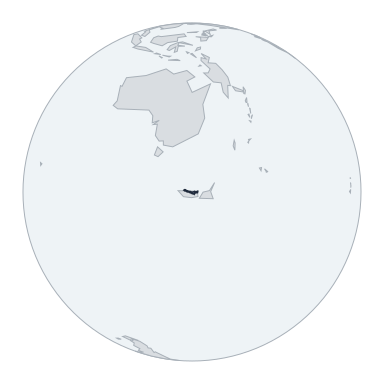 West Coast on an orthographic globe, rotated 56°
{"feature_id": "NZL-3406", "entity_name": "West Coast", "entity_type": "Regional Council", "adm_level": 1, "iso_a3": "NZL", "parent_name": "New Zealand", "parent_adm1": "", "projection": "orthographic", "projection_center": [171.032, -42.634], "detail": "fine", "context": "on_globe", "style": "filled", "palette": "slate", "viewbox_px": 384, "rotation_deg": 56, "n_neighbors": 0, "source": "natural_earth", "source_scale": "10m", "svg_char_len": 6245}
<svg xmlns="http://www.w3.org/2000/svg" viewBox="0 0 384 384"><g transform="rotate(56 192 192)"><circle cx="192" cy="192" r="169" fill="#eef3f6" stroke="#a8b0b8"/><path d="M217.3,117.8L217.5,118.9L217.2,119.1L217.3,117.8ZM294.6,326.2L292.1,328.1L293.4,326.8L297.6,323.1L294.8,324.6L297.8,321.7L293.3,325.0L292.7,322.8L286.6,326.1L284.8,324.3L280.6,326.2L281.9,324.8L281.9,323.7L280.1,324.0L286.5,318.8L294.4,315.3L296.7,315.6L298.5,313.5L303.9,313.2L303.9,311.9L313.7,306.2L318.5,303.3L324.7,296.6L315.5,307.3L305.5,317.2L294.6,326.2ZM279.7,61.2L278.6,59.0L281.4,61.2L279.7,61.2ZM276.4,57.2L277.1,58.0L276.2,57.2L276.4,57.2ZM274.8,56.3L276.0,56.9L274.7,56.4L274.8,56.3ZM272.7,55.3L273.8,55.7L273.7,55.8L272.7,55.3ZM269.2,53.2L268.3,52.7L269.3,52.9L269.2,53.2ZM274.0,327.7L285.0,319.5L279.6,324.0L280.5,325.9L273.0,330.3L274.0,327.7ZM274.5,333.0L272.8,335.3L271.0,336.2L271.8,334.9L274.5,333.0ZM102.4,48.8L102.2,49.0L99.6,50.9L94.2,54.5L97.8,51.7L96.9,52.3L102.4,48.8ZM83.0,62.9L83.3,63.0L79.1,67.5L64.2,83.6L55.4,93.8L54.0,96.1L52.8,96.9L47.7,104.7L47.3,110.4L46.1,114.0L39.5,127.2L40.0,124.7L36.7,126.8L33.6,136.8L36.0,137.5L36.7,144.1L33.8,146.2L33.3,140.9L32.2,141.4L34.3,133.2L36.7,125.5L42.3,113.7L48.8,102.3L56.2,91.5L64.4,81.3L73.3,71.7L83.0,62.9ZM82.8,301.1L84.7,300.6L85.4,302.6L82.8,301.1ZM60.6,143.3L64.0,141.5L64.0,142.2L60.6,143.3ZM56.9,143.7L60.6,141.0L56.5,145.6L56.9,143.7ZM62.0,140.0L65.8,136.1L67.4,133.9L67.3,135.4L62.0,140.0ZM54.5,145.7L43.2,156.9L39.1,160.0L39.7,156.6L46.2,149.6L54.5,145.7ZM39.4,156.9L33.8,158.3L29.0,152.1L30.6,148.4L36.2,147.4L35.8,149.9L39.2,150.2L39.4,156.9ZM54.5,128.7L54.1,135.0L47.5,140.6L44.7,142.6L42.7,137.5L43.8,132.8L46.0,130.6L56.5,110.1L59.7,109.9L56.0,117.4L58.8,119.7L54.5,128.7ZM62.3,99.0L57.0,107.1L62.3,97.7L62.3,99.0ZM66.4,91.4L65.9,93.5L64.8,92.6L66.4,91.4ZM52.4,99.1L50.0,102.2L50.7,100.8L54.2,96.0L52.4,99.1ZM75.8,71.7L72.9,75.8L71.5,77.7L71.8,76.2L75.8,71.7ZM194.4,187.1L199.1,189.6L196.4,195.6L191.1,201.7L183.1,202.8L194.4,187.1ZM140.3,202.5L135.3,195.3L142.6,193.5L143.7,200.4L140.3,202.5ZM198.3,182.9L200.6,176.7L196.8,168.0L202.1,176.3L209.4,178.2L201.3,189.4L198.3,182.9ZM100.0,181.9L81.5,207.1L76.1,208.9L74.6,203.0L63.8,191.8L65.3,190.9L60.6,182.4L69.8,164.9L75.5,144.6L84.0,141.2L88.4,128.3L98.2,125.3L97.2,134.2L109.5,136.2L112.7,116.2L125.4,134.0L137.8,140.1L147.3,154.3L143.8,182.7L137.1,189.5L133.6,187.2L131.4,190.8L124.7,190.8L116.4,182.8L114.4,186.5L114.3,179.1L112.4,186.3L106.8,181.8L100.0,181.9ZM172.7,128.1L175.4,128.8L181.3,133.1L176.8,132.1L172.7,128.1ZM210.6,120.7L213.0,122.9L209.8,122.7L210.6,120.7ZM217.2,119.1L213.3,118.9L217.3,117.8L217.2,119.1ZM181.2,116.2L183.0,117.7L182.1,118.0L181.2,116.2ZM180.0,115.7L180.8,113.7L181.3,115.8L180.0,115.7ZM165.1,104.4L166.3,103.4L167.1,104.2L165.1,104.4ZM69.3,138.1L73.6,130.3L76.5,128.3L69.3,138.1ZM162.6,102.3L159.1,102.2L159.2,101.2L162.6,102.3ZM162.3,100.0L161.7,98.6L164.5,101.9L162.3,100.0ZM155.2,97.1L159.8,99.4L154.8,97.4L155.2,97.1ZM152.9,97.5L149.9,96.6L150.0,96.2L152.9,97.5ZM123.6,102.8L134.3,109.4L126.7,110.3L117.8,106.8L112.7,112.8L99.9,115.7L102.3,112.0L100.1,108.2L88.1,111.0L85.7,109.3L89.6,105.9L82.3,107.0L90.2,102.4L93.9,106.4L98.6,100.4L107.5,98.7L116.9,98.1L125.3,100.7L123.6,102.8ZM91.1,114.3L92.5,113.8L91.5,116.0L91.1,114.3ZM144.2,93.9L148.5,96.3L148.1,97.1L146.1,96.8L144.2,93.9ZM127.1,99.4L135.8,93.4L138.0,93.3L132.4,99.3L127.1,99.4ZM133.3,90.8L137.7,90.9L140.3,93.2L139.4,94.0L133.3,90.8ZM74.7,116.6L74.6,118.3L72.6,118.2L74.7,116.6ZM77.1,114.4L83.2,113.2L76.7,116.0L77.1,114.4ZM61.0,119.2L62.4,121.7L67.1,116.3L63.5,121.9L67.1,125.6L66.3,128.6L62.6,124.3L62.0,131.7L60.1,133.0L58.5,128.1L60.3,120.0L62.3,115.8L70.9,109.2L61.0,119.2ZM76.9,110.2L75.4,107.0L76.6,103.8L78.2,105.0L76.9,110.2ZM71.8,100.3L68.7,98.4L65.3,102.1L73.0,92.0L74.5,95.5L71.8,100.3ZM70.3,93.1L67.0,96.5L70.9,91.2L70.3,93.1ZM66.5,95.7L66.9,93.1L69.2,91.9L66.5,95.7ZM71.9,92.2L73.7,87.1L74.2,89.1L71.9,92.2ZM67.9,87.9L71.5,88.8L65.6,91.4L68.7,83.3L71.5,81.1L67.9,87.9ZM104.4,49.0L105.6,47.8L109.0,46.0L107.3,47.3L104.4,49.0ZM121.3,40.1L110.3,45.2L101.8,50.0L102.9,49.6L98.3,53.2L98.2,52.3L106.5,46.9L112.4,43.8L116.2,41.5L122.4,38.5L125.6,36.8L129.3,35.2L128.2,36.0L121.3,40.1ZM139.6,31.4L139.1,31.6L133.3,33.6L131.0,34.5L126.7,36.2L129.8,34.9L139.6,31.4Z" fill="#d9dde1" stroke="#a8b0b8" stroke-width="1"/><path d="M185.9,197.0L185.9,196.9L186.0,196.8L186.0,196.7L186.3,196.5L186.3,196.4L186.4,196.2L186.6,196.2L186.8,196.1L187.0,196.0L187.3,196.1L187.5,195.9L187.7,195.7L187.8,195.7L188.0,195.5L188.1,195.4L188.3,195.2L188.5,195.1L188.8,194.9L189.0,194.9L189.3,194.7L189.5,194.5L189.5,194.4L189.9,194.1L190.0,193.9L190.2,193.7L190.2,193.8L190.3,193.8L190.4,193.6L190.2,193.7L190.3,193.6L190.4,193.4L190.6,193.4L190.7,193.2L190.8,193.2L191.1,193.0L191.3,192.9L191.5,192.8L191.5,192.7L191.8,192.3L191.9,192.2L192.0,192.2L192.2,191.9L192.4,191.6L192.4,191.4L192.5,191.1L192.7,190.6L192.7,190.4L192.8,190.2L192.9,189.9L193.0,189.7L193.0,189.4L193.3,189.4L193.7,189.2L193.8,189.2L194.0,188.8L194.0,188.7L194.3,188.4L194.3,188.2L194.5,188.1L194.4,188.0L194.4,187.9L194.4,187.6L194.4,187.3L194.4,187.0L194.4,186.9L194.5,186.8L194.6,186.7L194.7,186.8L194.8,186.9L194.9,187.0L195.0,187.1L194.9,187.2L194.9,187.3L195.0,187.3L195.2,187.5L195.3,187.5L195.5,187.7L195.6,187.8L195.4,188.0L195.4,188.3L195.3,188.5L195.2,188.5L195.1,188.4L195.1,188.5L194.9,188.7L194.9,188.8L194.8,189.0L194.7,189.1L194.7,189.3L194.4,189.4L194.4,189.5L194.4,189.8L194.3,190.0L194.4,190.3L194.5,190.5L194.8,190.6L194.9,190.8L194.9,191.0L195.0,191.1L195.1,191.3L194.9,191.3L194.6,191.5L194.5,191.8L194.4,191.8L194.3,192.0L194.2,192.0L193.9,192.2L193.9,192.3L193.7,192.5L193.5,192.8L193.4,192.8L193.2,192.8L192.9,192.9L192.7,192.9L192.6,193.0L192.4,193.2L192.4,193.3L192.2,193.3L191.9,193.6L191.6,193.8L191.3,194.1L191.1,194.3L190.9,194.3L190.5,194.5L190.3,194.6L190.2,194.7L190.1,194.8L189.9,195.0L189.8,195.3L189.7,195.4L189.4,195.7L189.3,195.8L189.2,195.8L189.1,196.0L189.1,195.9L189.0,196.0L188.9,196.0L188.7,196.2L188.6,196.3L188.4,196.3L188.2,196.3L187.9,196.4L187.7,196.5L187.4,196.8L187.3,197.1L187.2,197.3L186.6,197.5L186.3,197.6L186.4,197.3L186.4,197.2L186.2,196.9L185.9,197.0Z" fill="#64748b" stroke="#1e293b" stroke-width="1.5"/></g></svg>